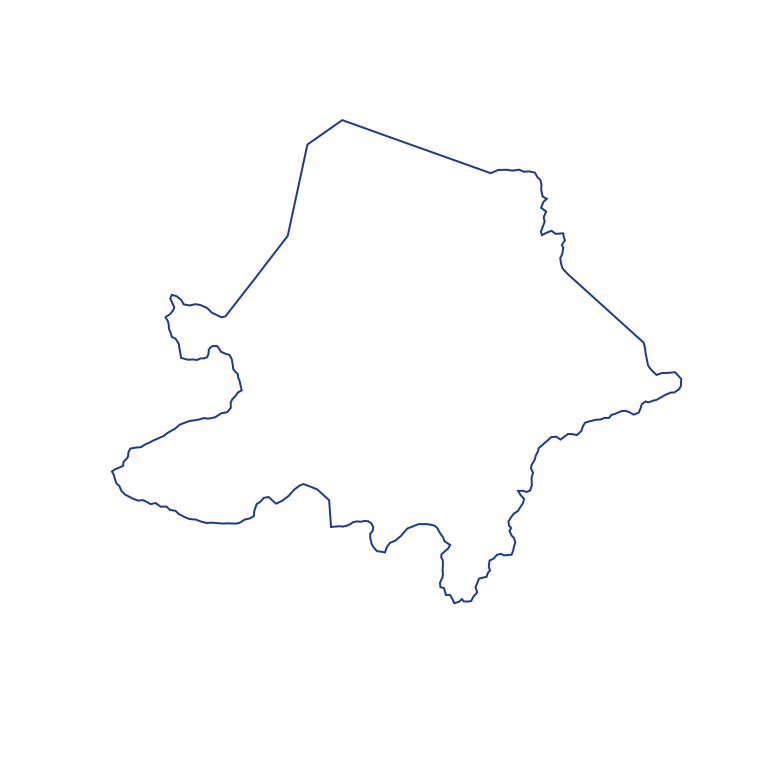 Palmeiras de Goiás, Goiás, Brazil, rotated 43°
{"feature_id": "56859067B28073231696854", "entity_name": "Palmeiras de Goiás", "entity_type": "district", "adm_level": 2, "iso_a3": "BRA", "parent_name": "Brazil", "parent_adm1": "Goiás", "projection": "mercator", "projection_center": [-49.907, -16.837], "detail": "fine", "context": "isolated", "style": "outline", "palette": "blue", "viewbox_px": 768, "rotation_deg": 43, "n_neighbors": 0, "source": "geoboundaries", "source_scale": "gbopen_adm2", "svg_char_len": 4161}
<svg xmlns="http://www.w3.org/2000/svg" viewBox="0 0 768 768"><g transform="rotate(43 384 384)"><path d="M594.0,210.0L595.6,205.3L597.3,199.6L599.6,194.7L602.1,192.1L603.3,186.7L602.6,183.1L597.9,177.6L593.2,177.2L588.8,176.9L584.4,181.9L580.0,186.2L577.1,191.5L571.6,191.5L567.7,191.1L564.4,190.3L553.7,182.6L549.8,179.3L545.8,176.7L443.2,178.3L435.7,177.7L431.2,175.1L427.0,171.7L425.8,167.5L422.2,162.2L419.2,161.0L418.3,155.5L415.6,154.2L412.3,151.6L407.2,157.1L402.0,157.7L399.5,163.1L398.0,167.4L394.9,165.7L390.9,155.8L387.0,153.1L385.0,147.3L378.7,148.0L376.4,142.3L376.7,137.6L372.2,138.7L366.5,134.8L363.4,131.0L359.3,128.1L355.1,128.1L350.2,126.5L345.4,129.3L341.4,133.5L336.8,135.0L332.4,140.4L327.9,143.4L321.5,149.6L318.2,157.1L212.6,202.7L173.5,219.5L164.7,261.1L212.6,341.4L215.8,376.0L217.6,393.8L219.0,409.9L221.9,442.7L219.6,446.1L209.6,449.2L202.8,449.1L195.5,451.6L191.4,454.5L188.3,459.1L183.2,462.4L178.5,460.8L172.4,461.3L168.0,463.4L169.4,467.2L178.5,471.1L179.6,474.3L179.9,478.8L178.6,484.2L183.2,485.5L186.3,487.6L188.9,490.2L193.9,492.5L196.6,494.3L200.7,493.0L206.8,494.7L210.0,497.4L214.1,500.4L217.7,503.3L224.0,500.0L227.7,496.2L230.8,494.0L232.4,490.4L235.2,487.6L236.4,484.9L234.9,481.4L232.4,478.3L232.1,475.2L233.3,472.4L236.1,470.1L239.6,470.6L242.7,471.6L248.0,469.8L251.2,468.1L255.9,469.8L260.8,473.5L263.5,475.9L267.0,476.5L270.4,476.4L272.7,478.6L276.6,480.4L279.8,482.7L284.3,485.7L282.9,489.9L283.5,493.4L283.5,498.7L284.4,502.0L288.2,505.9L288.6,511.5L285.1,516.1L284.0,520.3L283.0,523.9L280.8,526.8L279.0,529.3L275.4,531.9L273.2,535.7L270.1,539.9L267.0,543.7L264.4,548.8L262.4,552.8L261.5,560.0L260.4,562.9L259.0,567.7L258.3,572.2L255.6,578.6L253.5,583.4L252.4,587.0L250.7,590.7L249.3,595.9L245.5,600.2L242.5,604.3L243.7,608.3L246.2,611.5L246.8,614.5L246.6,618.7L249.0,621.7L247.5,625.5L245.5,629.9L244.7,633.6L248.4,634.7L251.3,636.6L256.0,639.1L259.9,639.1L264.8,641.2L269.8,641.5L273.2,640.6L279.1,638.9L283.7,637.0L286.8,633.4L289.7,632.3L295.1,631.1L298.2,626.8L304.3,626.1L308.4,622.0L313.3,622.1L317.9,619.0L322.8,619.0L326.2,618.0L329.6,617.1L333.7,615.5L338.8,611.5L344.0,609.4L349.1,606.6L352.0,603.4L355.0,601.0L361.4,595.9L364.7,592.5L371.2,586.8L373.1,584.0L374.5,578.3L377.3,574.2L378.9,569.4L375.6,565.1L372.8,558.7L373.9,554.3L373.7,549.2L376.8,545.3L383.4,545.3L386.8,545.0L389.1,539.1L390.6,530.7L390.3,523.2L391.5,515.9L393.2,512.2L398.0,510.1L407.2,506.6L423.1,506.4L442.8,524.7L448.0,518.8L451.3,516.2L453.6,512.8L455.0,509.2L455.6,506.1L457.8,503.1L461.3,500.2L463.2,497.4L466.1,495.1L469.9,494.6L473.8,496.1L475.9,499.2L476.1,503.0L479.5,506.4L484.0,509.4L486.9,510.3L492.8,511.1L496.1,508.7L499.6,506.6L497.3,501.3L496.7,496.2L499.1,490.9L500.0,483.6L499.7,478.1L499.7,473.6L503.0,466.8L504.9,462.9L509.1,458.9L511.5,456.8L514.7,454.7L518.0,453.0L521.6,453.1L525.8,454.6L528.6,455.2L531.7,455.9L535.5,457.7L542.2,456.6L543.1,460.5L542.2,469.3L544.0,471.7L547.1,472.7L550.4,476.0L554.0,480.4L556.8,482.9L558.5,485.3L560.5,491.2L563.8,494.1L566.8,492.4L569.6,493.8L573.2,496.1L576.1,493.2L580.8,494.6L584.9,496.4L587.3,492.2L587.7,488.2L590.7,488.6L593.5,486.1L595.8,483.3L594.5,478.9L594.3,472.9L589.4,470.1L588.0,466.0L586.2,461.5L588.5,458.0L590.5,455.1L588.8,451.2L588.7,448.1L585.2,446.1L581.6,441.1L583.3,436.8L583.1,431.9L585.5,428.4L588.5,427.6L591.3,424.5L593.7,421.8L592.1,417.8L590.0,414.3L588.1,410.3L584.2,408.0L580.6,407.8L576.0,405.9L575.2,402.6L572.1,402.3L568.8,399.7L567.7,394.3L567.4,389.8L568.6,385.7L567.6,380.8L566.9,376.4L564.7,372.4L559.9,372.1L555.0,370.8L558.4,367.4L561.9,365.7L563.5,362.5L561.5,357.6L558.5,354.6L555.9,351.9L553.5,347.3L548.9,345.3L547.1,342.4L546.0,337.1L543.8,332.7L542.5,328.2L540.9,325.5L541.3,321.8L541.6,318.7L542.2,313.5L542.5,308.8L546.0,305.0L551.0,304.2L551.8,299.8L552.7,295.1L555.6,292.4L559.9,289.8L560.4,283.8L558.2,279.0L557.5,275.1L559.4,271.7L561.3,268.9L563.0,266.0L566.6,262.3L568.5,258.3L571.8,255.3L571.4,251.4L573.3,248.5L574.6,245.4L576.3,241.7L578.6,239.2L582.1,237.4L587.5,236.1L589.8,231.2L588.3,227.0L586.3,222.9L587.1,218.5L590.1,216.9L592.2,212.6L594.0,210.0Z" fill="none" stroke="#1e3a8a" stroke-width="2"/></g></svg>